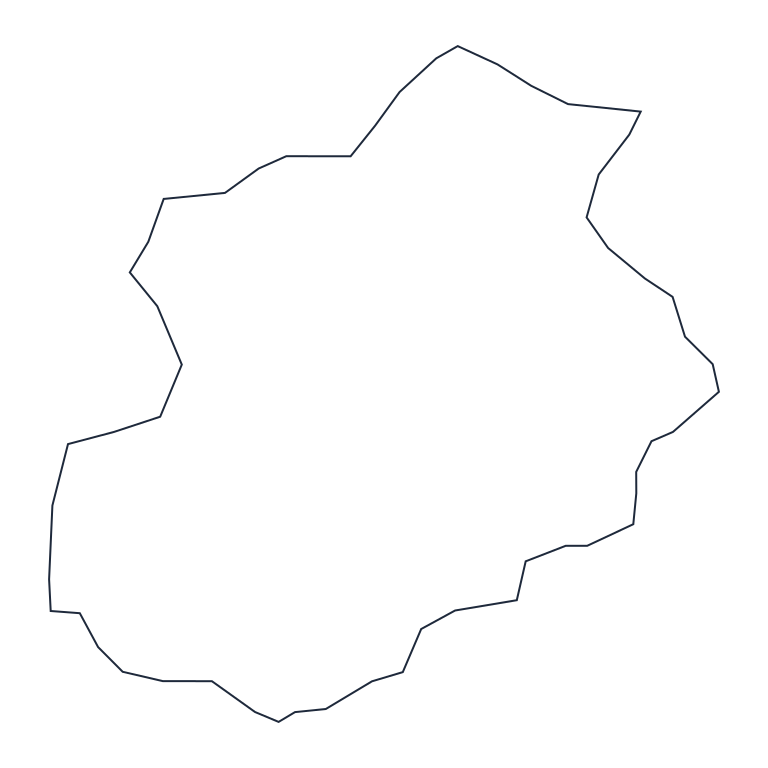 Sjöbo, Skåne, Sweden
{"feature_id": "70781695B31496650101497", "entity_name": "Sjöbo", "entity_type": "district", "adm_level": 2, "iso_a3": "SWE", "parent_name": "Sweden", "parent_adm1": "Skåne", "projection": "albers", "projection_center": [13.784, 55.677], "detail": "fine", "context": "isolated", "style": "outline", "palette": "slate", "viewbox_px": 768, "rotation_deg": 0, "n_neighbors": 0, "source": "geoboundaries", "source_scale": "gbopen_adm2", "svg_char_len": 800}
<svg xmlns="http://www.w3.org/2000/svg" viewBox="0 0 768 768"><path d="M640.7,111.6L568.0,104.1L531.2,85.8L497.5,64.4L457.7,46.1L436.3,58.3L399.6,92.0L375.1,125.7L350.6,156.3L286.3,156.2L258.7,168.5L225.0,192.9L165.1,198.8L163.7,198.9L148.3,241.8L130.6,271.1L129.8,272.4L157.3,306.2L181.8,364.6L160.2,416.7L114.1,431.9L68.0,444.1L52.4,505.5L49.1,579.3L50.7,611.0L79.8,613.2L98.1,647.1L122.7,671.8L162.7,681.1L211.9,681.2L255.0,712.0L278.6,721.9L295.0,712.1L325.8,709.0L372.0,681.3L402.8,672.1L421.2,629.0L455.1,610.5L516.8,600.2L525.7,561.3L565.7,545.8L587.2,545.8L633.3,524.2L636.3,493.4L636.2,471.9L651.5,441.2L673.0,431.9L718.9,391.8L712.7,364.2L685.0,336.7L672.6,296.9L644.9,278.5L608.1,248.0L586.6,217.4L598.7,174.5L629.3,134.6L640.7,111.6Z" fill="none" stroke="#1e293b" stroke-width="2"/></svg>